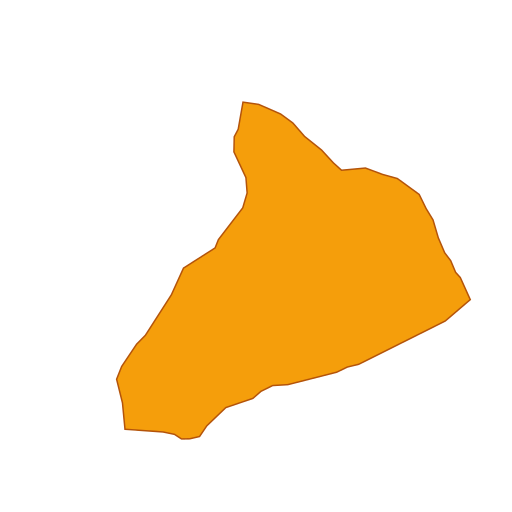 SVG path tracing the border of Al Mahwit, rotated 159°
{"feature_id": "YEM-152", "entity_name": "Al Mahwit", "entity_type": "Governorate", "adm_level": 1, "iso_a3": "YEM", "parent_name": "Yemen", "parent_adm1": "", "projection": "orthographic", "projection_center": [43.616, 15.304], "detail": "fine", "context": "isolated", "style": "filled", "palette": "amber", "viewbox_px": 512, "rotation_deg": 159, "n_neighbors": 0, "source": "natural_earth", "source_scale": "10m", "svg_char_len": 785}
<svg xmlns="http://www.w3.org/2000/svg" viewBox="0 0 512 512"><g transform="rotate(159 256 256)"><path d="M213.0,404.3L199.2,396.6L182.1,379.7L173.9,366.9L167.8,350.2L156.8,331.4L150.4,315.2L145.4,305.4L122.3,298.9L108.6,286.8L96.3,277.7L81.6,255.0L80.2,239.3L77.8,226.3L79.3,207.7L78.7,191.4L75.9,181.8L75.5,169.2L73.0,162.7L71.6,138.5L102.6,127.5L198.9,118.1L210.5,119.6L222.2,118.6L272.4,124.5L286.9,129.1L299.8,127.9L309.9,124.2L338.5,125.3L362.8,115.1L373.4,107.7L383.4,109.1L391.1,111.9L396.0,118.7L405.8,125.0L440.4,141.2L433.3,166.7L430.3,190.9L421.0,201.0L399.0,216.5L387.7,221.6L348.9,250.1L328.0,270.7L291.3,278.2L285.2,284.8L251.1,305.7L241.7,318.0L237.3,332.8L239.3,361.1L233.6,375.1L227.2,380.7L213.0,404.3Z" fill="#f59e0b" stroke="#b45309" stroke-width="1.5"/></g></svg>